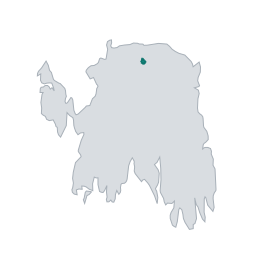 location of Celbridge Lea-4, Kildare, Ireland, rotated 280°
{"feature_id": "5873133B70404185317284", "entity_name": "Celbridge Lea-4", "entity_type": "district", "adm_level": 2, "iso_a3": "IRL", "parent_name": "Ireland", "parent_adm1": "Kildare", "projection": "equal_earth", "projection_center": [-6.548, 53.32], "detail": "fine", "context": "in_parent", "style": "filled", "palette": "teal", "viewbox_px": 256, "rotation_deg": 280, "n_neighbors": 0, "source": "geoboundaries", "source_scale": "gbopen_adm2", "svg_char_len": 4526}
<svg xmlns="http://www.w3.org/2000/svg" viewBox="0 0 256 256"><g transform="rotate(280 128 128)"><path d="M169.4,42.9L163.0,46.1L162.0,47.3L160.2,52.1L160.0,53.5L156.0,58.9L153.8,60.0L150.4,60.9L148.5,61.8L146.1,61.3L143.1,61.4L141.5,62.4L141.6,63.1L142.5,64.0L148.1,66.5L147.8,67.5L146.2,68.7L136.1,71.6L133.1,73.4L132.0,74.6L133.1,76.5L141.0,82.4L142.4,83.1L143.5,86.5L150.6,87.9L153.5,90.1L156.0,90.6L161.5,90.4L163.6,91.2L164.9,90.6L165.6,89.5L171.7,85.3L169.8,82.2L176.0,76.8L177.7,76.9L180.6,78.5L182.9,80.8L183.7,83.8L185.9,86.5L187.4,87.5L191.3,88.0L192.2,89.1L191.5,93.0L192.1,94.4L202.0,94.3L206.0,92.5L209.5,92.8L211.2,94.6L211.9,96.4L209.0,97.1L205.9,96.7L204.3,97.9L204.3,100.3L205.3,103.2L207.4,105.3L209.1,110.1L210.5,115.4L212.6,118.6L213.1,122.6L212.7,124.5L213.2,128.1L212.2,129.3L212.9,132.6L216.6,143.3L217.4,151.7L215.6,154.8L213.2,157.8L211.6,161.3L210.4,165.1L209.7,171.3L204.5,178.6L202.2,180.4L199.6,181.5L205.3,186.6L200.7,188.8L195.6,189.5L190.0,188.3L186.6,188.4L182.1,191.1L181.1,190.6L179.1,186.4L177.5,190.7L174.3,192.1L168.8,191.8L159.6,193.0L156.0,194.2L154.5,196.1L153.4,198.3L152.0,199.7L150.3,200.3L143.2,202.0L141.8,202.6L138.4,206.2L134.1,208.3L130.5,209.0L127.3,206.9L126.1,205.6L124.6,205.0L119.7,205.1L121.2,205.7L122.2,207.2L122.7,210.0L122.1,212.8L119.6,214.2L116.8,214.5L112.2,217.4L106.1,218.2L102.8,220.8L82.9,225.3L81.7,225.4L79.0,224.2L76.0,223.7L73.1,224.1L64.7,226.6L60.6,226.1L65.9,219.9L72.9,216.7L73.6,215.8L71.4,215.4L58.2,217.6L53.6,219.5L49.0,220.0L51.2,217.2L57.2,213.3L62.3,210.7L64.6,208.4L70.8,205.8L50.7,211.2L45.5,210.5L44.3,209.0L40.2,209.7L38.8,206.1L44.9,200.6L48.5,198.3L52.7,197.0L56.8,195.2L58.3,192.9L56.5,192.2L44.4,192.8L38.6,192.3L39.0,190.6L40.1,188.6L46.2,185.3L49.4,184.7L52.3,185.1L57.3,187.0L64.1,186.4L61.3,184.3L60.9,179.9L58.8,178.5L61.6,176.5L64.8,175.3L70.2,171.1L72.0,170.5L82.5,169.5L93.8,167.3L104.9,164.3L99.3,162.6L96.6,160.4L92.1,164.9L88.9,166.6L80.0,167.5L77.1,167.0L73.2,165.6L71.9,166.2L70.8,167.2L64.8,169.4L58.6,169.9L65.9,165.9L75.2,159.1L77.3,157.0L80.3,153.2L79.4,151.6L77.5,150.6L84.3,143.0L86.7,141.6L90.9,141.3L94.0,140.1L95.4,140.1L96.6,139.7L99.4,137.4L95.2,135.9L90.9,135.2L77.5,136.0L75.7,135.8L74.1,135.1L73.0,134.1L72.2,131.5L71.3,130.9L68.2,130.9L65.2,131.7L63.2,131.6L61.1,130.5L64.5,127.8L60.3,127.2L56.0,127.7L52.5,126.9L52.4,125.3L54.1,123.6L52.0,122.0L51.6,120.1L53.9,119.1L56.3,119.4L61.3,117.9L67.7,117.2L62.3,115.8L60.1,114.6L60.1,112.7L60.6,111.0L67.0,108.3L73.7,107.1L73.3,105.3L73.8,103.3L67.0,102.8L60.2,104.2L61.0,100.4L62.7,97.1L63.1,94.9L62.8,92.5L59.7,93.5L59.4,90.2L58.1,87.9L53.4,89.5L53.6,86.5L55.0,84.4L57.4,83.5L59.8,83.9L64.3,83.8L68.7,82.2L74.9,81.8L84.8,82.3L91.6,86.8L93.3,86.0L96.1,83.2L97.4,82.9L107.7,84.1L114.0,85.7L115.8,85.2L114.9,82.1L112.7,79.9L115.5,77.1L118.9,75.2L121.2,74.2L126.3,73.0L128.6,71.9L130.2,68.3L132.6,65.3L119.6,66.8L107.3,63.2L109.3,60.7L111.9,59.3L116.4,58.2L116.9,56.9L119.2,55.8L123.0,52.9L121.6,49.2L122.4,46.4L125.1,44.6L126.0,42.1L127.2,40.2L132.7,39.5L138.0,37.8L146.1,37.5L148.2,38.2L147.7,35.2L151.5,34.8L153.0,35.4L153.7,37.6L155.4,39.0L155.9,41.4L154.7,43.3L152.8,44.7L154.5,46.2L151.7,48.9L154.7,47.7L159.0,45.1L158.8,43.0L158.1,40.3L156.9,37.9L157.5,35.2L159.9,33.5L166.1,32.7L163.6,29.7L165.9,29.4L168.3,30.0L172.0,32.4L179.7,35.7L175.9,38.6L171.2,40.7L169.4,42.9ZM58.9,101.7L58.7,103.1L55.8,101.3L54.3,99.3L46.2,98.4L49.6,96.5L51.3,97.0L57.1,97.1L58.7,97.9L58.9,101.7Z" fill="#d9dde1" stroke="#a8b0b8" stroke-width="1"/><path d="M198.2,131.3L198.3,131.2L198.4,130.9L198.5,130.9L198.5,130.7L198.4,130.7L198.2,130.6L198.3,130.5L198.2,130.5L198.2,130.3L198.4,130.1L198.4,129.9L198.5,129.7L197.9,129.7L197.5,129.7L196.4,129.6L196.2,129.5L195.9,129.5L195.7,129.5L195.6,129.4L195.5,129.5L195.4,130.1L195.4,130.3L195.6,130.4L195.3,130.7L195.2,130.6L194.9,130.6L194.5,130.4L194.5,130.5L194.4,130.4L194.3,130.5L194.2,130.7L194.0,131.0L194.3,131.1L194.4,131.3L194.3,131.6L194.1,131.8L194.3,131.9L194.2,132.0L194.1,132.3L193.9,132.4L193.9,132.5L194.0,132.6L194.2,132.8L194.3,132.6L194.5,132.7L194.8,132.7L194.8,132.8L194.8,133.0L194.7,133.1L195.0,133.2L195.0,133.3L195.3,133.2L195.2,133.0L195.3,133.0L195.6,133.3L195.7,133.5L195.8,133.7L196.1,133.9L196.2,133.7L196.3,133.6L196.5,133.5L196.8,133.3L197.0,133.1L197.0,132.7L196.5,132.4L196.4,132.3L197.0,132.0L196.9,131.9L197.0,131.7L197.3,131.5L197.3,131.4L197.5,131.5L197.7,131.4L197.8,131.4L198.0,131.4L197.9,131.5L198.0,131.6L198.1,131.4L198.2,131.3Z" fill="#14b8a6" stroke="#0f766e" stroke-width="1.5"/></g></svg>